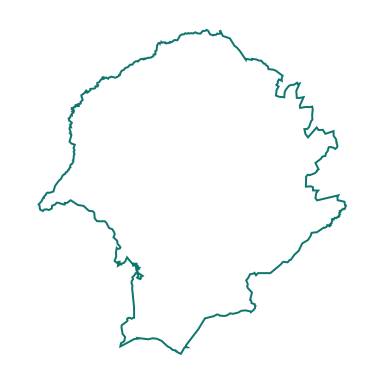 Pivijay, Magdalena, Colombia (Albers equal-area conic projection), rotated 267°
{"feature_id": "7082276B47489948463492", "entity_name": "Pivijay", "entity_type": "district", "adm_level": 2, "iso_a3": "COL", "parent_name": "Colombia", "parent_adm1": "Magdalena", "projection": "albers", "projection_center": [-74.384, 10.44], "detail": "fine", "context": "isolated", "style": "outline", "palette": "teal", "viewbox_px": 384, "rotation_deg": 267, "n_neighbors": 0, "source": "geoboundaries", "source_scale": "gbopen_adm2", "svg_char_len": 5998}
<svg xmlns="http://www.w3.org/2000/svg" viewBox="0 0 384 384"><g transform="rotate(267 192 192)"><path d="M170.4,345.8L170.6,344.2L174.3,343.7L176.2,337.1L179.3,336.9L181.0,338.0L177.1,316.5L179.5,314.9L184.6,316.1L186.8,318.1L187.3,312.9L190.5,313.0L191.4,311.1L191.4,306.0L201.5,306.8L203.2,308.6L202.7,310.5L204.3,315.6L205.9,317.7L207.0,317.9L208.0,319.6L214.5,316.8L218.4,322.4L220.6,324.1L221.0,327.0L224.0,328.0L225.5,329.5L229.6,330.9L229.7,332.5L228.7,335.9L227.5,337.2L228.9,339.1L230.7,339.7L233.4,338.8L234.1,339.2L235.2,338.6L236.8,338.8L240.7,336.4L245.4,336.5L243.1,328.2L247.2,326.0L247.3,321.5L249.9,319.9L240.5,310.7L243.8,308.4L248.9,307.5L249.0,310.4L250.7,312.3L256.6,314.7L257.9,316.0L262.5,316.0L268.2,316.9L271.0,316.5L270.6,314.0L271.0,310.0L270.3,304.4L272.6,304.2L280.9,308.4L280.3,304.5L280.5,301.6L287.4,301.4L294.7,305.1L294.2,303.2L295.6,302.7L293.7,299.2L293.7,296.4L292.8,294.2L289.1,290.9L286.9,289.8L281.8,289.1L282.5,284.0L283.9,280.9L289.4,281.8L292.8,284.0L294.5,281.9L296.2,283.4L298.0,283.5L299.9,284.8L298.3,287.5L301.0,287.5L303.3,288.6L308.9,281.9L310.1,278.8L310.7,274.8L313.5,274.3L315.2,272.1L316.2,271.9L316.5,270.3L319.6,268.0L319.6,266.0L321.0,263.2L321.8,258.8L320.8,258.6L322.1,253.2L321.0,252.8L330.3,247.2L333.8,244.5L335.8,242.0L343.4,237.9L346.2,231.0L351.2,228.8L352.0,229.2L351.0,228.2L349.7,228.7L348.7,228.3L348.5,226.2L348.9,225.5L347.7,224.1L347.8,222.1L347.3,221.3L348.6,218.2L352.1,216.6L353.1,214.9L352.3,213.8L352.2,211.1L349.7,208.7L350.1,205.9L351.3,203.6L350.2,201.3L350.7,199.8L350.3,197.8L350.9,196.7L350.3,195.2L350.9,193.6L349.8,192.1L349.9,190.2L348.9,188.3L344.3,185.4L344.7,182.5L342.9,179.8L343.0,178.8L342.4,178.2L342.9,177.5L342.0,176.7L341.8,174.0L342.6,173.5L342.2,172.9L343.0,171.9L342.7,170.1L343.4,169.3L342.7,169.2L342.5,167.7L342.0,167.6L342.6,167.2L342.4,166.3L340.1,164.8L335.1,164.0L334.6,162.7L332.4,162.8L331.8,162.1L331.3,162.3L331.2,160.8L329.6,160.5L328.3,157.6L328.3,154.8L327.3,152.1L327.8,151.8L327.6,150.7L327.0,150.5L327.6,148.8L327.1,147.2L325.2,144.9L325.7,144.5L325.3,142.3L324.1,140.5L322.3,139.2L322.4,136.8L320.0,134.5L319.7,132.9L319.0,131.4L317.6,130.5L316.7,128.1L314.9,126.8L313.0,126.4L312.8,125.4L312.1,125.5L311.5,124.7L310.1,121.6L311.4,117.4L310.4,114.8L309.5,114.2L310.8,112.4L309.7,109.7L311.3,109.7L311.2,108.6L309.3,107.7L308.8,106.7L306.7,105.2L305.8,103.1L304.3,102.9L303.6,103.9L302.3,103.2L302.5,101.0L300.9,100.8L300.4,100.0L300.3,95.9L299.0,95.8L296.7,92.8L297.0,91.7L298.5,92.1L298.9,91.6L296.3,89.7L294.6,86.7L293.8,86.5L289.7,87.7L287.7,85.4L286.6,85.6L285.9,85.0L285.9,83.3L283.8,83.5L283.7,81.7L284.2,81.4L285.1,82.1L285.1,80.8L284.7,80.1L283.1,79.8L282.8,78.1L281.6,77.8L282.0,76.4L280.9,76.2L279.7,78.3L279.1,78.4L278.5,76.7L277.4,77.7L276.4,76.1L274.6,76.1L274.9,75.0L272.5,74.0L272.0,72.7L269.7,73.1L267.5,75.6L266.1,74.9L265.7,73.8L262.9,74.6L263.1,73.4L261.3,72.9L258.5,74.0L257.4,73.1L256.4,74.3L255.8,73.9L255.0,74.5L248.7,72.3L246.7,74.1L245.4,77.4L241.8,76.0L239.8,76.9L238.4,75.9L236.1,76.7L235.2,76.0L230.3,75.3L230.0,74.8L229.6,75.2L228.4,75.0L226.2,73.4L225.6,72.2L223.7,71.6L223.0,71.9L222.2,70.8L220.6,70.1L220.4,69.4L218.8,68.5L218.1,66.8L217.0,66.6L215.5,63.9L211.9,61.8L210.1,59.5L205.3,55.6L199.8,53.7L198.6,49.5L199.0,47.9L198.2,46.5L197.1,46.1L195.1,43.9L194.0,44.0L193.9,43.1L190.7,41.3L187.6,38.2L186.9,38.9L182.4,39.4L180.8,42.1L182.2,43.6L182.3,46.1L181.5,48.0L182.8,51.1L185.6,51.5L186.8,54.9L188.3,56.1L188.3,57.7L186.1,63.6L186.2,64.3L187.8,64.4L187.6,66.5L190.1,70.4L185.0,77.4L183.8,83.0L178.6,88.1L178.0,91.9L176.3,93.3L170.7,93.5L167.8,95.6L167.3,103.5L165.4,105.0L160.4,107.3L159.0,110.5L155.8,112.2L153.7,112.6L150.8,111.2L147.3,114.7L143.8,115.0L141.9,116.9L140.3,117.6L139.4,117.0L139.1,115.5L139.2,114.4L139.9,113.9L135.8,112.9L131.5,112.9L127.1,111.1L124.1,114.6L122.2,114.2L123.2,115.9L124.4,115.9L125.5,114.5L126.0,114.6L126.1,115.9L125.4,115.6L123.4,117.6L124.3,118.4L124.7,120.2L126.2,121.7L130.1,123.7L123.3,128.8L123.3,132.9L122.9,132.9L123.1,130.6L122.0,128.6L122.0,130.6L122.9,130.6L122.4,131.1L121.6,130.2L121.6,131.8L122.0,132.1L122.2,131.7L122.9,131.4L122.1,132.4L120.9,132.6L121.1,133.9L119.9,134.1L119.8,133.2L120.1,132.4L121.2,132.0L119.2,132.3L119.6,134.7L119.2,135.3L118.9,134.5L119.4,133.9L118.4,133.7L117.8,134.6L117.0,133.1L117.6,132.3L118.8,132.1L116.6,132.5L116.9,131.9L116.1,132.8L114.7,133.0L116.2,133.5L114.4,133.4L110.8,138.3L109.7,136.1L108.4,136.4L107.8,135.8L108.7,133.4L109.4,132.7L110.8,133.9L112.2,133.9L114.0,132.1L113.9,131.5L111.8,130.1L109.9,127.9L108.2,128.6L105.9,127.0L104.1,126.9L101.4,127.6L99.0,127.2L80.0,128.1L69.5,127.6L69.6,127.0L68.6,125.2L69.7,123.1L69.3,121.2L68.5,120.5L67.2,120.9L66.3,120.4L62.6,114.8L60.3,114.5L53.8,115.3L50.7,117.6L46.7,116.6L44.6,113.1L41.5,112.4L48.2,126.7L48.4,130.4L49.1,130.0L47.2,140.7L48.0,144.8L47.3,149.2L44.9,153.9L39.0,159.6L37.6,162.1L35.2,164.5L34.9,166.8L33.9,168.1L33.6,167.8L30.9,172.4L37.3,176.5L37.2,179.1L37.8,178.2L39.1,177.9L54.7,191.2L65.1,198.3L66.9,207.4L68.4,210.4L68.0,212.2L67.0,213.5L66.5,218.2L67.2,221.1L68.8,223.6L68.2,226.7L69.2,231.9L70.8,235.0L71.0,239.2L69.7,244.1L68.9,244.4L70.5,246.8L72.5,248.7L74.9,249.4L75.1,248.9L76.6,248.8L77.9,245.7L80.5,245.3L81.2,244.4L88.5,246.6L93.2,242.7L95.0,242.1L96.3,242.8L97.8,242.7L100.9,241.5L103.6,243.9L106.7,245.5L107.4,249.4L108.0,250.2L105.5,251.6L107.5,253.6L106.9,266.0L114.8,276.6L117.5,279.3L116.8,283.8L118.9,285.9L119.2,287.2L123.9,290.9L127.8,295.6L134.9,299.4L138.0,305.3L142.0,308.2L145.0,309.3L145.3,314.7L149.6,321.8L149.3,322.6L150.1,324.5L151.8,325.3L150.5,327.6L151.4,328.6L151.9,327.6L152.4,328.3L152.4,327.9L153.3,329.2L155.6,330.5L157.5,330.3L157.8,331.5L157.2,332.2L158.8,333.3L158.3,334.7L159.4,335.9L159.3,337.1L160.3,337.2L160.5,338.0L161.6,337.9L162.0,338.4L162.3,337.9L163.7,338.1L164.3,339.1L165.3,338.7L165.6,340.1L166.6,340.7L166.6,341.6L167.3,342.1L166.9,343.0L167.3,343.8L170.2,344.9L170.4,345.8Z" fill="none" stroke="#0f766e" stroke-width="2"/></g></svg>